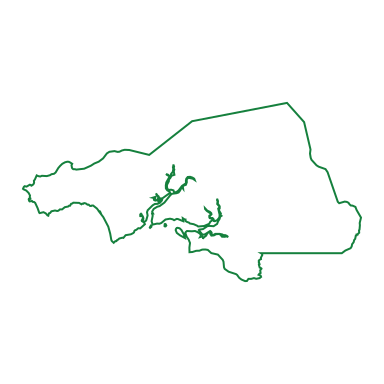 the district of Cogo, Litoral, Equatorial Guinea
{"feature_id": "11065452B22787327477805", "entity_name": "Cogo", "entity_type": "district", "adm_level": 2, "iso_a3": "GNQ", "parent_name": "Equatorial Guinea", "parent_adm1": "Litoral", "projection": "orthographic", "projection_center": [9.73, 1.167], "detail": "fine", "context": "isolated", "style": "outline", "palette": "green", "viewbox_px": 384, "rotation_deg": 0, "n_neighbors": 0, "source": "geoboundaries", "source_scale": "gbopen_adm2", "svg_char_len": 6038}
<svg xmlns="http://www.w3.org/2000/svg" viewBox="0 0 384 384"><path d="M287.0,102.9L192.1,121.2L149.2,154.9L129.3,150.0L124.7,149.8L121.9,150.5L119.5,151.7L117.6,151.9L114.5,151.1L109.4,151.8L106.9,153.4L103.1,158.4L98.7,161.7L94.3,163.5L90.9,165.7L84.2,168.7L76.3,169.6L74.9,169.2L73.3,169.2L72.7,168.8L72.0,167.9L71.5,165.2L72.2,163.8L70.2,162.5L68.8,161.8L67.3,161.7L65.0,162.3L62.3,163.8L60.2,165.8L58.3,168.0L55.6,172.5L54.0,173.8L51.5,174.2L50.0,175.2L46.8,176.1L41.9,175.8L40.2,176.5L38.2,176.1L36.7,175.4L34.9,179.5L33.9,180.8L34.1,182.5L33.8,183.7L32.5,185.1L31.5,185.6L31.4,185.2L29.8,184.7L26.6,186.6L24.6,186.2L23.8,187.0L23.0,188.8L23.5,189.3L26.2,190.5L28.6,192.9L30.0,195.5L29.7,197.4L30.4,198.3L30.4,198.9L28.8,199.0L28.7,199.3L29.1,200.8L29.6,201.4L32.0,201.0L32.6,201.8L34.1,202.0L35.2,202.9L37.6,208.1L39.2,212.7L39.7,213.1L43.5,212.2L45.8,213.4L47.5,215.4L48.3,215.7L48.9,213.4L50.2,212.9L51.4,211.3L55.0,210.5L57.2,211.0L58.4,210.7L59.9,209.4L62.1,209.4L64.8,207.2L68.2,206.5L69.1,205.7L70.1,205.7L71.1,203.8L72.3,203.5L73.3,202.7L79.1,202.9L81.5,204.3L82.3,203.6L83.2,203.8L84.1,203.1L84.9,203.2L86.1,203.6L87.5,204.7L88.6,204.6L90.0,205.9L91.1,206.0L91.9,205.5L93.1,205.5L96.9,208.5L98.8,211.0L100.0,211.4L100.5,212.5L99.7,212.4L103.3,217.1L108.3,226.7L110.2,233.7L111.3,239.9L111.8,241.0L113.7,242.8L115.4,241.1L116.4,241.1L117.3,239.9L118.0,239.7L119.3,238.5L122.4,237.7L123.4,237.9L125.6,235.2L130.9,234.3L133.2,233.1L134.0,232.4L134.4,230.9L135.0,230.3L136.4,229.8L138.3,228.2L140.2,228.4L144.9,224.2L144.0,222.4L141.9,221.1L141.7,220.5L143.0,218.0L142.9,217.0L142.2,216.2L140.3,216.1L140.2,214.7L140.5,214.1L141.0,213.7L141.5,214.2L140.4,215.0L140.5,215.8L142.5,215.9L143.2,217.3L143.4,218.9L142.4,221.1L144.6,221.6L145.6,221.1L146.3,220.1L147.6,215.5L147.0,212.2L147.7,210.2L152.7,205.3L154.8,204.0L157.7,203.8L159.9,202.8L161.8,200.6L162.2,199.3L159.7,199.2L158.3,198.4L160.2,200.4L160.2,201.0L159.6,201.7L158.3,201.5L158.0,200.0L155.3,200.6L154.0,199.9L153.8,198.8L154.9,198.0L155.1,197.3L153.7,197.9L152.8,197.7L155.4,196.9L155.2,198.4L154.1,199.3L154.5,200.0L155.7,200.3L158.2,199.6L158.6,201.4L159.6,201.3L159.8,201.0L157.9,198.9L158.4,197.3L156.5,194.8L156.0,193.4L157.4,195.4L158.6,196.4L159.1,197.8L160.1,198.4L162.3,198.4L170.1,192.8L169.6,191.7L167.2,190.3L165.9,188.4L165.8,185.3L166.3,182.4L169.5,176.7L169.0,176.0L166.8,174.8L166.1,174.0L168.2,174.8L169.9,176.5L170.8,175.7L171.1,173.9L173.2,171.3L173.0,170.6L173.3,169.0L172.9,167.1L173.3,166.6L173.3,164.5L174.1,166.5L173.7,168.3L174.3,169.4L173.8,171.6L174.4,174.8L171.6,175.7L170.1,178.3L169.0,179.3L168.8,181.4L167.3,184.2L166.9,185.7L167.1,187.8L167.8,189.5L169.4,189.9L171.1,189.7L173.5,190.4L174.2,192.5L176.5,192.0L178.6,190.4L182.0,185.9L186.0,183.2L185.9,180.6L186.3,178.7L187.7,177.0L190.1,176.8L192.5,177.6L194.2,178.7L194.7,180.0L192.8,178.7L189.1,177.9L188.0,178.0L186.7,179.5L186.8,182.3L185.9,184.8L183.5,185.7L182.8,186.4L183.1,188.7L182.2,187.5L181.6,187.5L179.9,190.8L178.5,192.5L176.5,193.2L171.9,193.8L170.3,195.2L164.4,202.6L159.6,206.1L157.3,206.7L153.7,208.9L152.2,211.5L152.3,212.2L153.1,213.6L152.1,213.7L152.7,215.7L151.6,221.2L152.3,223.6L153.1,224.5L157.0,223.6L159.5,223.7L161.3,223.0L165.5,219.5L170.0,218.7L172.7,219.3L174.1,220.2L176.7,218.9L177.8,219.0L183.2,221.2L182.8,218.2L184.7,219.5L185.5,219.5L185.5,221.0L186.9,221.9L188.9,222.6L189.9,223.5L193.7,224.2L197.3,225.8L198.1,226.5L204.1,226.0L209.2,223.8L210.3,221.7L212.3,220.3L212.6,219.7L212.3,218.9L209.7,218.1L209.3,217.2L209.3,215.8L210.9,214.5L210.8,213.6L206.8,210.9L205.1,209.0L205.0,208.2L207.2,210.6L209.8,211.8L211.2,213.1L211.5,214.3L209.7,216.1L209.7,217.4L210.5,218.1L212.4,218.0L213.1,218.6L213.7,219.4L213.9,221.0L214.8,221.2L217.1,220.2L218.9,218.1L219.5,216.8L219.6,214.7L218.2,208.6L219.2,207.4L219.4,206.5L217.2,204.0L217.6,201.2L217.1,200.4L217.1,198.7L218.0,201.1L217.8,203.7L219.7,206.3L219.7,208.3L219.1,209.3L219.1,210.6L220.9,213.6L220.4,215.2L221.4,215.9L220.1,216.8L219.6,218.9L218.1,221.3L217.1,223.9L213.6,226.2L209.6,225.9L207.5,226.1L203.0,229.1L199.3,229.6L198.8,230.1L202.2,234.3L202.9,234.7L205.0,234.3L210.1,231.0L211.0,231.7L211.7,232.9L211.6,234.4L211.9,235.1L213.4,234.9L215.2,233.9L219.8,233.9L222.2,234.4L223.4,235.1L225.1,235.1L226.8,235.8L228.2,237.0L226.4,236.4L224.7,236.8L222.0,236.7L220.5,234.8L219.1,234.0L216.1,234.2L213.9,235.4L211.4,235.6L210.3,234.0L210.0,232.2L209.4,231.8L208.4,232.4L207.0,233.9L206.2,235.6L203.5,237.7L203.0,238.9L203.0,237.4L202.4,236.5L200.1,237.1L200.9,235.8L200.2,233.9L197.6,232.1L195.0,231.0L191.7,231.3L187.0,231.0L185.8,232.0L185.3,232.9L186.6,236.6L188.7,239.7L190.0,243.0L189.4,247.5L189.5,252.2L192.4,252.0L196.2,250.8L199.4,250.7L202.2,249.6L205.3,249.5L207.8,249.9L211.3,253.1L217.9,254.6L222.7,259.8L223.5,261.7L224.0,267.3L224.7,268.9L228.6,271.7L236.0,274.1L237.1,274.9L239.2,277.8L241.4,279.5L245.1,281.1L246.9,281.0L248.4,278.9L251.1,278.9L254.0,278.1L256.2,278.8L259.6,278.1L261.1,276.9L260.6,275.6L258.6,274.8L259.4,273.7L260.6,273.0L260.2,270.3L261.5,268.7L261.3,268.3L259.7,267.6L258.9,264.7L259.6,264.1L258.8,262.8L259.1,262.2L258.7,261.0L259.4,259.9L261.0,259.1L260.9,257.7L262.3,255.0L262.0,253.8L261.0,253.2L341.8,253.2L345.4,250.5L350.4,248.3L350.9,247.8L351.7,246.4L352.1,244.2L353.6,242.3L354.2,240.0L355.2,238.8L355.8,235.6L356.5,235.4L356.6,234.5L357.6,234.6L357.8,234.0L359.2,232.7L359.0,230.3L359.5,229.7L359.9,225.2L359.7,223.0L361.0,217.6L356.6,210.0L355.4,206.9L352.5,205.6L350.8,205.5L349.5,204.3L348.5,202.8L346.8,201.9L344.7,201.6L339.2,203.2L337.8,201.8L327.6,172.2L325.5,169.1L318.7,166.7L316.5,165.3L311.5,159.8L310.7,157.8L310.0,153.6L310.5,149.5L304.1,122.1L287.0,102.9ZM184.9,238.0L183.8,234.3L181.5,230.1L179.6,228.3L177.6,227.8L176.7,228.0L175.9,229.1L175.7,230.2L176.8,232.9L180.1,235.4L184.9,238.0ZM165.7,226.3L166.3,225.5L165.7,224.2L165.0,223.9L164.7,224.1L164.5,226.1L165.1,226.5L165.7,226.3ZM150.1,227.9L151.3,226.9L151.6,225.4L151.0,225.4L150.2,226.7L149.8,227.6L150.1,227.9Z" fill="none" stroke="#15803d" stroke-width="2"/></svg>